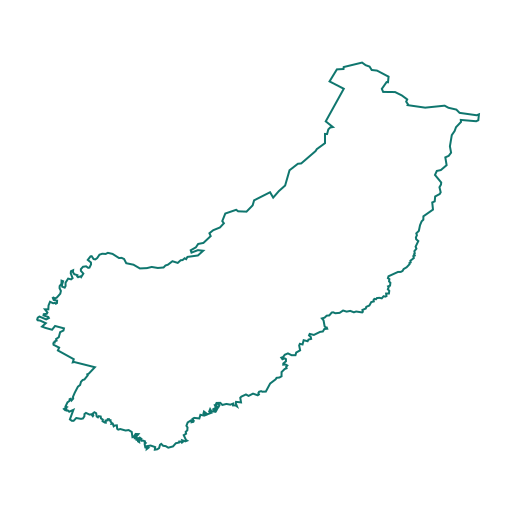 the district of Famallá, Tucumán, Argentina, rotated 93°
{"feature_id": "61730980B2044576725385", "entity_name": "Famallá", "entity_type": "district", "adm_level": 2, "iso_a3": "ARG", "parent_name": "Argentina", "parent_adm1": "Tucumán", "projection": "natural_earth1", "projection_center": [-65.4, -26.978], "detail": "fine", "context": "isolated", "style": "outline", "palette": "teal", "viewbox_px": 512, "rotation_deg": 93, "n_neighbors": 0, "source": "geoboundaries", "source_scale": "gbopen_adm2", "svg_char_len": 6090}
<svg xmlns="http://www.w3.org/2000/svg" viewBox="0 0 512 512"><g transform="rotate(93 256 256)"><path d="M65.4,185.0L77.8,191.7L84.4,177.1L117.9,193.4L123.2,186.0L123.8,188.6L125.8,190.4L130.5,191.4L130.5,193.5L139.7,193.0L146.1,200.9L148.1,202.0L161.2,215.7L161.7,219.0L168.6,227.0L184.1,230.6L189.9,236.5L196.8,241.9L191.6,245.3L200.5,260.8L205.6,262.0L212.2,267.8L212.3,276.2L210.9,278.2L215.2,288.9L222.9,291.5L225.0,289.8L229.4,293.5L232.5,300.1L235.7,303.7L238.5,302.3L245.7,309.2L247.0,314.4L250.5,316.5L253.7,321.5L256.0,320.6L253.2,314.3L253.5,309.0L258.5,314.0L260.5,324.4L262.8,325.6L262.0,327.1L263.9,329.1L264.2,331.0L267.0,333.8L265.6,339.2L269.3,343.5L270.2,345.9L272.3,347.7L273.1,353.4L272.4,359.6L273.8,364.3L274.5,371.3L271.1,377.9L270.0,385.2L265.9,387.6L264.9,390.1L265.2,392.7L261.4,399.4L260.6,404.1L261.8,406.2L261.8,409.7L262.9,412.4L266.4,414.5L267.8,416.3L267.6,418.0L264.8,420.1L265.0,421.2L268.7,423.8L271.1,420.5L273.0,420.3L276.3,421.7L276.6,423.0L275.2,425.1L275.8,428.2L278.3,430.2L280.0,430.1L282.6,427.5L286.2,429.5L285.5,430.1L286.5,432.6L285.7,433.5L284.5,433.3L283.7,436.5L281.7,438.0L279.8,437.9L280.9,440.0L283.0,440.1L287.7,438.0L289.0,439.4L288.4,442.4L292.6,444.8L295.9,444.6L297.6,445.4L296.8,447.9L295.1,448.3L291.3,447.3L290.8,448.9L293.9,448.8L296.3,450.5L298.4,450.5L301.1,449.0L303.9,449.5L307.9,452.7L308.9,454.5L308.1,456.1L308.5,456.7L310.5,455.7L311.0,452.3L313.4,452.3L314.1,453.4L313.3,454.3L313.8,456.1L312.5,459.3L316.3,460.6L320.1,460.6L320.3,464.0L323.4,461.3L324.7,462.0L325.2,464.9L326.4,465.1L327.8,460.2L328.8,459.6L330.3,462.2L327.8,469.1L329.0,470.7L330.9,471.2L331.6,470.7L331.8,468.2L334.1,462.4L337.7,466.0L338.8,462.6L340.3,455.8L336.4,453.0L338.3,444.0L340.5,444.4L342.3,447.6L347.4,448.7L349.4,451.3L350.9,450.7L351.8,452.5L352.9,452.5L353.0,453.5L354.2,453.8L355.3,453.5L357.8,447.8L360.7,448.9L368.6,432.6L371.8,433.4L371.4,431.9L375.5,411.1L382.3,416.9L383.0,418.3L384.0,417.8L388.3,420.9L388.9,422.6L390.8,424.2L394.0,424.9L395.8,427.0L401.9,429.8L406.2,431.4L408.0,431.1L409.9,432.6L408.2,433.5L408.7,434.6L410.4,434.6L412.0,436.6L416.1,438.3L416.7,437.0L418.8,439.8L420.0,438.4L419.2,437.2L420.3,436.8L420.3,435.4L421.3,434.4L419.2,430.3L428.9,433.3L430.2,431.3L430.1,429.5L427.2,427.0L427.8,422.2L427.3,420.3L425.1,419.0L422.8,419.0L421.6,417.6L423.1,413.9L422.7,412.2L424.5,410.6L423.7,410.1L421.9,410.8L420.5,409.2L421.4,407.4L424.6,406.7L425.4,405.4L424.2,404.7L424.4,402.7L426.3,402.3L427.4,400.4L429.0,400.6L430.3,398.1L430.3,397.3L428.2,397.6L428.1,396.2L426.7,395.6L426.6,394.3L427.7,394.0L427.6,392.7L428.9,392.6L430.2,391.3L431.2,391.6L431.0,390.2L433.5,389.2L432.7,388.2L432.4,386.1L435.8,385.6L436.6,384.5L435.9,382.5L437.1,377.1L436.5,374.1L438.2,370.9L443.4,369.9L443.0,368.7L440.0,366.9L440.0,364.1L441.8,365.4L442.0,367.0L442.9,366.5L442.7,367.8L444.4,367.6L444.1,365.1L445.7,365.8L446.3,364.2L447.3,364.1L447.9,363.0L445.0,363.5L443.5,362.5L444.5,361.0L445.5,361.8L445.7,360.8L446.5,360.7L446.3,358.9L446.9,357.2L447.9,357.4L448.5,356.4L449.5,357.4L453.0,356.5L453.2,354.9L454.5,355.0L453.2,353.5L452.8,354.9L451.6,354.9L450.8,351.3L452.1,346.7L454.7,346.9L454.2,344.5L452.9,342.7L449.6,342.0L448.6,340.8L450.4,338.8L450.6,336.2L452.0,333.6L450.5,328.9L447.2,326.3L446.3,323.1L445.3,323.0L445.2,321.6L446.3,320.3L445.5,319.4L443.9,320.0L444.8,316.9L444.0,315.2L443.4,316.3L438.7,318.8L437.1,316.5L435.3,317.0L433.7,315.5L430.8,315.4L429.2,316.6L425.8,315.5L423.4,312.1L423.7,310.8L424.3,311.8L425.4,311.7L424.9,309.9L424.1,309.6L421.9,310.8L420.9,309.2L421.2,304.1L417.5,303.2L418.1,299.4L417.5,298.0L416.0,300.2L414.1,299.8L416.6,296.2L415.0,292.6L413.7,294.6L411.4,293.8L413.2,292.7L413.7,288.5L413.1,288.4L411.2,290.6L409.9,288.6L412.7,288.4L413.0,287.8L409.8,286.3L408.7,288.5L407.1,289.3L406.8,288.2L408.5,287.0L408.9,285.6L407.0,284.7L405.8,285.7L405.5,288.0L404.8,287.7L404.5,284.0L406.5,281.8L405.3,277.8L405.8,273.8L404.6,271.1L406.4,271.1L406.3,268.6L407.2,267.1L404.1,268.5L402.7,268.3L403.0,263.3L398.4,264.3L397.2,263.3L394.8,258.8L396.1,256.1L393.6,251.8L395.0,247.0L394.1,245.8L392.8,246.5L391.4,245.8L390.7,243.8L391.2,242.6L390.9,239.1L382.6,235.2L378.1,229.9L376.6,229.1L376.1,226.2L374.8,224.2L370.6,224.4L367.4,221.5L366.5,219.6L365.2,220.1L363.7,219.0L362.8,220.8L363.1,223.1L361.9,223.1L359.6,220.6L357.4,220.7L356.7,222.0L357.7,224.2L356.2,225.4L355.4,223.6L353.1,222.1L351.6,219.0L353.2,215.3L353.0,211.4L350.3,210.8L347.9,207.0L343.1,208.2L341.4,207.6L341.9,204.9L337.6,204.0L338.4,200.0L336.7,199.2L335.9,196.6L334.1,197.0L332.5,198.9L331.0,198.3L331.8,194.1L328.4,188.0L327.9,185.3L325.3,183.9L324.9,181.1L323.7,181.6L323.7,182.7L322.6,183.8L316.7,185.2L314.9,186.9L314.0,184.3L311.9,182.3L311.5,179.7L308.5,177.4L308.2,176.0L309.0,173.8L308.4,169.5L305.9,166.2L306.8,162.6L305.9,159.0L307.1,155.3L306.2,153.1L306.8,147.0L306.1,146.4L304.3,146.9L302.7,143.6L301.0,143.2L299.5,140.2L296.0,138.5L295.2,136.0L293.8,136.3L292.6,135.5L292.9,133.9L291.7,133.1L291.3,130.6L291.7,128.2L289.5,126.5L289.8,124.7L289.2,123.6L286.7,124.1L286.5,121.3L283.8,121.1L282.3,122.6L280.4,121.9L279.4,122.5L278.6,120.6L275.7,120.4L274.4,121.8L272.1,121.6L271.2,123.1L269.3,122.6L264.5,113.4L264.3,110.6L263.3,108.9L261.3,107.9L259.4,105.0L256.1,102.2L255.0,102.4L254.3,101.2L252.7,101.6L249.8,98.3L247.9,98.9L247.2,97.5L245.9,98.3L245.1,97.6L242.9,98.1L240.3,96.2L238.3,97.1L232.6,94.7L230.9,96.9L229.1,97.3L226.8,96.4L225.0,97.1L222.4,94.7L216.6,93.8L212.7,92.4L211.0,90.8L207.6,90.9L200.4,81.7L193.3,82.8L192.1,80.4L187.2,80.2L184.5,75.8L182.7,74.9L177.7,76.4L175.0,75.0L172.9,74.9L165.7,81.5L161.6,79.9L160.5,75.9L155.3,70.4L147.6,72.1L145.9,68.8L142.6,66.6L136.3,68.1L125.0,66.8L120.8,64.2L116.9,63.0L111.4,58.3L109.4,58.6L109.9,43.2L108.8,41.1L102.9,40.8L103.9,43.0L102.4,60.2L99.3,63.6L97.9,71.6L96.0,75.5L99.0,94.8L97.4,112.5L96.5,112.2L94.0,114.1L91.7,113.2L88.0,118.8L85.0,125.7L85.5,137.6L82.5,139.1L75.5,134.7L75.6,133.3L70.0,133.0L64.5,144.9L64.2,150.2L60.9,152.5L59.7,156.5L57.3,160.2L62.7,178.3L64.7,178.4L65.4,185.0Z" fill="none" stroke="#0f766e" stroke-width="2"/></g></svg>